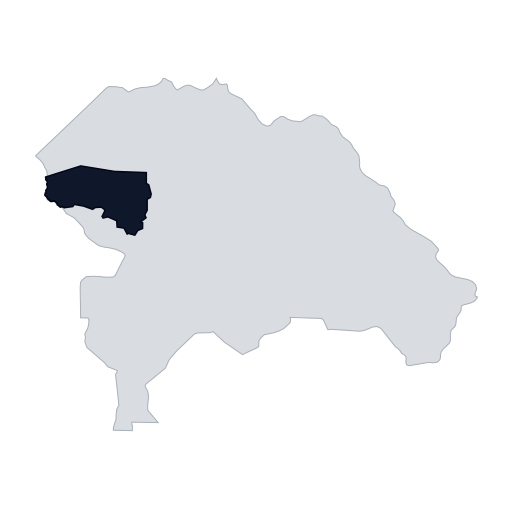 Pibor, Jonglei, South Sudan (highlighted), rotated 181°
{"feature_id": "79223893B32810285770131", "entity_name": "Pibor", "entity_type": "district", "adm_level": 2, "iso_a3": "SSD", "parent_name": "South Sudan", "parent_adm1": "Jonglei", "projection": "orthographic", "projection_center": [34.735, 6.56], "detail": "fine", "context": "in_parent", "style": "filled", "palette": "ink", "viewbox_px": 512, "rotation_deg": 181, "n_neighbors": 0, "source": "geoboundaries", "source_scale": "gbopen_adm2", "svg_char_len": 6987}
<svg xmlns="http://www.w3.org/2000/svg" viewBox="0 0 512 512"><g transform="rotate(181 256 256)"><path d="M425.9,403.9L409.4,420.5L408.2,421.5L406.2,422.8L399.5,422.8L392.6,422.0L386.2,417.7L379.8,420.9L375.7,422.0L373.2,422.4L367.5,422.9L359.4,424.6L355.7,426.8L353.8,428.6L352.1,431.8L351.3,432.1L349.8,431.7L347.7,430.4L343.4,428.5L341.3,424.4L339.3,421.9L337.6,420.6L330.8,424.6L327.5,425.6L324.7,425.5L319.8,423.1L314.3,421.1L311.5,421.1L307.3,423.5L302.4,427.2L300.0,430.8L298.7,433.0L297.1,429.6L295.5,427.5L293.2,426.7L288.6,427.5L287.5,426.3L287.3,423.5L286.6,420.8L285.5,418.9L281.9,416.9L272.8,412.8L265.8,404.8L262.3,401.1L259.8,398.7L256.2,392.4L252.1,388.1L247.0,386.0L243.7,387.0L240.2,391.5L233.8,395.8L230.8,395.9L227.0,393.5L222.3,391.8L213.7,391.0L210.2,393.0L205.5,396.2L201.6,398.1L199.2,398.3L196.9,397.5L194.4,397.1L192.1,397.0L187.6,393.9L185.3,391.6L183.7,389.5L181.1,388.0L178.1,386.7L176.0,384.8L174.9,382.4L173.3,379.3L171.1,376.5L164.2,371.5L162.1,368.6L160.7,365.7L157.9,362.5L154.9,358.3L154.0,352.1L154.0,347.2L153.4,344.9L152.1,342.6L150.6,340.6L148.2,338.4L142.6,335.1L136.8,331.4L134.1,329.2L128.8,328.3L125.6,326.1L123.0,321.5L122.0,317.8L119.4,314.8L118.3,312.7L117.7,310.3L119.9,303.1L116.9,300.4L112.3,297.0L109.1,293.2L107.2,289.8L101.4,285.3L88.7,278.4L81.3,274.0L77.4,270.1L73.9,266.3L73.6,264.8L76.0,261.1L76.4,258.0L74.6,254.6L67.1,248.1L61.1,240.9L56.6,238.6L45.5,236.5L42.3,235.6L39.1,234.2L35.9,231.0L34.8,227.2L36.6,221.3L35.6,219.4L33.8,218.9L34.3,217.7L36.5,214.8L40.0,213.0L49.2,210.2L49.8,209.1L50.0,205.4L50.8,203.6L54.1,198.5L54.6,196.4L54.9,192.0L55.4,190.0L56.3,188.5L58.9,186.0L59.8,184.5L60.3,181.1L60.2,174.4L61.6,171.8L67.5,165.9L69.2,163.2L69.8,160.8L69.8,158.3L70.2,155.9L72.0,153.6L73.4,152.9L77.7,152.2L80.6,152.8L101.0,149.0L103.3,149.6L104.3,152.1L104.1,156.0L104.4,157.9L105.5,159.3L108.6,161.2L110.8,164.3L111.9,165.5L115.1,167.7L129.8,185.8L134.0,187.6L138.2,187.0L146.5,183.4L150.7,182.6L179.5,184.0L182.7,183.5L182.9,183.6L187.1,192.6L189.2,194.7L220.9,195.2L220.3,192.6L220.8,189.8L226.5,184.4L227.3,183.7L232.2,181.2L237.0,179.5L246.2,177.5L249.7,174.3L251.6,171.4L251.7,165.5L252.9,164.6L255.2,163.3L265.9,158.2L267.7,157.1L286.3,169.4L296.8,179.0L297.4,179.5L298.0,179.7L298.5,179.4L299.0,178.9L300.3,178.5L304.8,178.4L313.4,178.0L316.2,176.9L333.5,159.9L338.0,154.5L339.1,153.4L341.6,149.5L344.3,142.8L344.8,142.1L363.7,126.1L364.4,124.9L364.6,123.9L361.8,118.5L361.2,115.7L361.1,111.5L361.7,105.0L361.6,100.8L361.3,99.7L361.2,99.5L350.9,87.7L377.3,87.7L377.3,86.2L377.2,85.7L376.7,84.3L376.5,82.4L376.5,81.4L376.6,80.4L376.7,79.9L376.6,79.4L376.6,79.2L395.7,79.3L395.4,82.7L393.1,90.5L393.1,95.2L392.5,100.5L391.8,102.1L390.9,103.4L390.5,104.0L390.5,104.6L394.3,134.7L394.0,135.9L392.9,137.8L392.6,138.4L392.6,138.9L393.0,139.2L401.8,142.5L402.2,142.7L402.5,143.0L405.7,146.8L422.9,161.1L423.5,161.8L425.3,166.3L425.5,167.0L425.6,168.1L425.5,168.9L425.1,171.6L425.2,172.8L425.5,173.6L425.8,174.5L425.8,174.8L425.6,175.5L423.0,180.7L422.2,184.3L421.9,187.4L422.0,189.2L422.3,190.4L422.6,190.9L422.8,191.0L430.3,191.1L430.3,192.7L431.2,219.9L431.2,222.9L430.9,226.8L430.0,228.3L427.9,230.4L425.2,232.4L418.5,232.9L412.8,232.8L408.8,232.4L403.4,232.2L398.2,232.6L396.3,234.2L389.5,248.7L387.4,252.3L386.8,254.4L387.4,255.6L390.1,257.5L395.9,260.1L402.6,261.6L407.6,262.2L411.0,262.9L413.6,263.7L423.1,270.3L426.2,273.4L427.9,276.1L428.2,279.0L429.6,281.9L438.3,290.9L446.5,295.2L449.7,300.0L452.8,302.3L455.7,304.9L457.2,308.6L460.8,319.5L463.2,325.2L465.7,329.8L466.7,337.4L468.7,340.8L470.7,345.0L474.0,348.7L477.6,351.5L478.2,352.3L442.3,387.7L425.9,403.9Z" fill="#d9dde1" stroke="#a8b0b8" stroke-width="1"/><path d="M416.2,340.6L432.8,343.0L467.8,331.3L467.8,331.0L467.8,330.9L467.7,330.8L467.6,330.6L467.6,330.3L467.4,330.1L467.5,330.0L467.5,329.9L467.5,329.7L467.5,329.4L467.5,329.2L467.4,329.1L467.4,328.9L467.4,328.7L467.5,328.6L467.4,328.5L467.4,328.4L467.1,328.3L466.9,328.2L466.7,328.0L466.6,327.9L466.6,327.7L466.4,327.7L466.2,327.3L466.2,327.2L466.0,326.9L465.9,326.8L465.9,326.6L466.0,326.4L465.9,326.2L465.9,325.8L465.9,325.7L466.0,325.6L466.1,325.4L466.1,325.2L466.1,324.9L466.1,324.7L466.3,324.4L466.5,324.4L466.5,324.1L466.4,324.0L466.4,323.9L466.4,323.6L466.3,323.4L466.3,323.2L466.2,323.1L466.1,322.9L466.0,322.7L465.9,322.5L465.8,322.4L465.8,322.2L465.8,321.9L465.7,321.9L466.0,319.7L466.6,319.0L466.6,318.9L466.8,318.7L466.9,318.4L467.0,318.4L467.0,318.2L467.0,317.9L467.1,317.7L467.3,317.6L467.3,317.4L467.3,317.2L467.2,317.0L467.2,316.9L467.1,316.7L467.0,316.3L467.1,316.2L467.0,315.9L467.1,315.7L467.3,315.5L467.5,315.4L467.7,315.2L467.8,315.2L467.8,314.9L467.9,314.7L467.9,314.4L468.0,314.2L468.2,313.9L468.2,313.7L468.2,313.4L468.1,313.2L468.0,312.8L467.9,312.7L467.7,312.5L467.6,312.4L467.4,312.3L467.3,312.2L467.2,312.1L467.0,311.9L466.9,311.9L466.7,311.9L466.6,311.7L466.5,311.4L466.3,311.2L466.2,311.1L466.1,310.9L465.9,310.9L465.8,311.1L465.7,311.1L465.6,310.8L465.7,310.7L465.7,310.4L465.4,310.3L465.3,310.1L465.4,309.9L465.2,309.9L465.1,309.7L465.1,309.4L465.0,309.2L464.9,309.1L464.8,308.9L464.6,309.0L464.4,308.9L464.1,308.7L463.9,308.6L463.7,308.5L463.7,308.3L463.7,308.1L463.8,308.1L463.7,308.0L463.4,308.1L463.2,308.2L462.9,308.1L462.8,307.9L462.7,307.8L462.6,307.7L462.8,307.6L462.9,307.4L462.8,307.2L462.7,307.2L462.3,307.0L462.2,307.1L462.0,306.9L461.9,306.9L461.7,306.9L461.3,306.9L461.1,307.0L460.9,307.2L460.7,307.1L460.4,307.1L460.2,307.0L459.9,307.0L459.7,307.1L459.3,307.2L459.2,307.2L459.2,307.3L458.9,307.5L459.0,307.7L458.8,307.7L458.7,307.6L458.5,307.4L458.4,307.3L458.4,307.2L458.2,307.2L458.2,307.4L458.1,307.5L458.0,307.4L457.9,307.3L457.9,307.2L457.9,306.8L457.7,306.7L457.4,306.5L457.3,306.4L457.2,306.4L457.1,306.2L456.9,305.9L456.8,305.7L456.6,305.6L456.3,305.6L456.3,305.4L456.2,305.3L456.0,305.2L455.8,305.1L455.9,304.9L455.7,304.6L455.7,304.4L455.5,304.2L455.7,303.8L455.5,303.6L455.4,303.5L455.1,303.5L455.1,303.4L454.9,303.4L454.5,303.2L454.4,303.2L454.1,302.9L454.1,302.7L453.9,302.7L453.7,302.6L453.5,302.3L453.4,302.2L453.3,301.9L453.2,301.8L452.9,301.7L452.7,301.5L452.5,301.4L452.4,301.4L452.2,301.4L452.2,301.5L452.2,301.8L452.2,302.0L451.8,302.2L451.7,302.2L451.7,301.9L451.3,301.9L451.2,302.0L450.9,302.0L450.8,301.9L450.7,302.0L450.6,301.9L450.5,302.0L450.4,301.9L450.2,301.8L450.1,301.7L450.0,301.8L449.9,301.8L449.8,301.7L449.7,301.6L449.4,301.8L449.3,301.7L449.2,301.7L448.9,301.4L449.0,301.3L448.9,301.2L448.8,301.3L448.7,301.3L448.4,301.4L448.4,301.2L448.4,300.9L448.6,300.9L440.1,302.2L438.6,304.4L429.3,302.9L420.2,299.8L417.4,301.7L411.4,302.1L408.3,299.8L408.0,298.4L410.6,292.9L409.6,291.3L404.7,292.5L395.9,288.8L395.4,283.1L395.4,282.5L388.5,281.6L385.2,275.7L384.2,276.4L377.5,274.7L374.6,279.5L369.9,281.5L369.9,287.2L371.9,288.2L366.6,292.3L367.9,295.2L365.6,299.8L365.8,310.8L362.6,312.7L361.9,316.2L364.5,325.3L366.9,326.7L367.1,337.5L399.1,338.1L416.2,340.6Z" fill="#0f172a" stroke="#020617" stroke-width="1.5"/></g></svg>